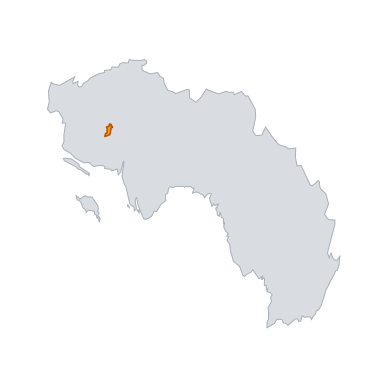 Aneby, Jönköping, Sweden (highlighted), rotated 97°
{"feature_id": "70781695B68897114765136", "entity_name": "Aneby", "entity_type": "district", "adm_level": 2, "iso_a3": "SWE", "parent_name": "Sweden", "parent_adm1": "Jönköping", "projection": "equal_earth", "projection_center": [14.809, 57.898], "detail": "fine", "context": "in_parent", "style": "filled", "palette": "amber", "viewbox_px": 384, "rotation_deg": 97, "n_neighbors": 0, "source": "geoboundaries", "source_scale": "gbopen_adm2", "svg_char_len": 4576}
<svg xmlns="http://www.w3.org/2000/svg" viewBox="0 0 384 384"><g transform="rotate(97 192 192)"><path d="M71.3,254.0L72.9,257.1L76.4,256.7L77.9,254.5L79.8,247.9L77.6,240.6L80.8,238.1L82.8,234.1L87.6,232.9L94.1,228.3L94.8,223.6L96.3,220.1L91.0,209.8L90.7,207.2L98.9,205.8L102.5,199.0L96.9,194.7L88.3,190.5L91.5,177.6L88.0,170.7L88.5,167.8L88.0,163.3L90.2,161.5L86.1,155.1L90.4,150.6L89.7,148.3L101.8,139.5L109.8,137.9L124.4,139.2L127.9,135.7L128.0,133.8L126.7,129.4L118.5,126.9L127.5,119.1L134.5,111.6L135.8,104.4L137.4,101.3L135.7,94.4L145.1,93.6L153.4,90.8L152.3,87.0L170.5,75.6L171.0,73.6L169.6,71.7L165.2,68.2L166.4,66.7L171.3,65.8L173.7,64.2L177.3,59.0L187.2,55.0L198.2,57.7L202.8,53.1L202.4,46.8L206.3,46.2L235.8,50.1L240.6,47.8L235.6,46.6L240.4,44.1L241.8,42.5L242.2,40.7L241.9,39.8L237.8,37.5L247.0,37.2L252.1,38.3L252.6,39.6L272.9,47.0L288.9,49.9L293.5,52.0L295.3,54.3L297.8,54.5L300.9,56.6L304.0,57.9L301.6,59.4L301.9,62.9L302.8,64.5L301.5,67.6L306.7,68.3L307.7,70.2L305.1,72.0L305.5,74.1L312.6,80.5L311.0,82.6L310.7,85.3L307.8,87.2L307.5,89.2L308.2,91.9L309.3,93.1L312.3,94.0L317.6,101.1L312.6,101.6L308.8,100.6L299.9,101.5L297.8,102.5L290.8,99.7L287.0,101.3L284.3,99.9L282.3,102.2L281.9,105.4L278.7,105.1L280.0,106.3L275.7,106.8L275.4,107.3L276.3,108.1L275.1,109.0L269.1,109.4L268.4,110.4L270.2,111.7L270.2,112.5L266.3,111.3L269.0,113.6L269.7,115.3L261.8,122.1L264.6,123.8L267.0,127.7L269.5,129.5L268.6,131.3L260.3,135.6L255.7,142.4L245.2,146.9L239.6,148.0L236.0,151.3L231.7,150.2L231.6,152.1L228.9,150.9L226.7,153.8L222.9,156.3L218.6,155.8L218.2,156.2L219.5,156.9L214.6,157.6L213.2,160.1L209.6,160.8L209.0,161.6L212.7,161.8L212.0,163.9L207.8,164.9L206.4,166.3L204.5,166.2L204.8,165.2L202.1,165.3L201.2,164.1L200.6,164.4L202.6,167.8L201.2,169.2L203.9,170.5L196.3,173.9L191.7,172.6L191.1,173.6L192.1,176.5L196.2,178.8L193.8,180.3L191.3,187.2L193.2,191.4L187.9,190.4L188.3,192.0L186.6,193.9L187.4,196.6L186.9,198.4L188.1,200.0L187.4,200.8L188.4,208.4L189.9,211.6L189.4,214.2L191.6,215.7L196.3,216.0L197.7,218.1L203.6,216.9L207.8,221.2L215.8,224.8L215.5,227.2L220.6,228.9L223.6,232.2L224.9,235.0L224.5,236.6L216.8,241.2L210.8,244.3L204.5,246.2L204.9,246.9L208.0,247.3L215.5,245.0L217.8,247.0L213.7,247.9L212.9,250.6L211.2,252.3L194.5,258.4L192.3,260.3L184.9,263.4L171.4,263.1L169.3,263.8L181.0,265.1L183.8,267.3L178.3,268.8L180.8,274.2L179.4,275.5L179.4,281.5L177.4,281.6L176.6,284.1L177.7,290.2L178.7,291.9L178.3,293.7L175.1,297.8L176.3,302.8L172.7,311.8L168.6,317.1L165.5,324.2L161.9,326.7L157.8,325.2L151.5,326.1L140.2,325.8L138.7,326.5L139.6,329.1L135.5,328.7L128.3,334.2L128.0,336.9L130.9,342.1L127.4,345.5L119.7,344.7L109.5,346.8L100.3,345.1L101.5,343.3L102.3,336.4L92.0,322.5L96.9,323.9L98.9,323.2L96.0,318.7L100.1,318.4L101.5,316.8L100.7,314.2L97.3,313.0L94.4,309.0L91.3,306.9L85.9,298.8L84.0,293.3L82.0,293.8L80.5,287.5L77.6,286.5L77.1,280.1L73.9,279.5L72.0,276.6L71.7,271.1L68.0,270.4L68.6,267.7L67.5,258.2L66.4,255.2L67.5,253.0L69.5,252.8L71.3,254.0ZM228.3,283.6L226.6,284.1L225.7,285.9L223.0,286.8L222.7,292.4L225.2,294.5L222.7,295.4L221.0,298.4L216.5,300.4L214.7,302.3L213.8,305.0L209.8,306.5L212.6,302.4L208.7,297.6L209.6,296.0L209.2,290.5L217.2,283.7L221.0,282.9L222.7,283.6L223.4,282.0L224.6,281.6L228.3,283.6ZM176.5,322.5L174.5,323.7L173.9,322.0L174.0,315.4L178.4,307.6L180.4,307.0L185.8,296.5L186.4,295.8L188.3,296.4L187.0,297.4L187.1,299.3L183.6,304.9L182.8,308.5L181.5,309.4L176.5,322.5ZM229.9,281.4L229.5,283.0L227.5,281.7L229.4,279.9L233.4,280.4L229.9,281.4ZM219.2,242.0L216.7,244.3L216.2,243.4L216.7,242.2L219.2,242.0ZM213.9,254.2L212.6,254.4L213.5,252.8L215.2,252.4L213.9,254.2Z" fill="#d9dde1" stroke="#a8b0b8" stroke-width="1"/><path d="M137.5,278.8L136.9,279.0L136.5,279.2L136.5,279.7L136.5,280.1L136.0,280.3L135.6,280.3L135.1,280.3L134.9,280.5L134.7,281.0L134.6,281.5L134.4,281.8L134.7,282.1L135.1,282.4L135.6,282.4L135.8,282.3L136.1,282.1L136.6,282.1L136.8,282.2L137.0,282.6L137.1,283.1L137.4,283.3L137.5,283.8L137.5,284.2L137.6,284.5L138.0,284.8L138.9,284.4L139.8,283.9L140.6,283.8L141.9,283.8L142.5,283.6L143.0,283.4L143.6,283.6L144.0,283.9L144.1,284.3L144.3,284.6L144.5,284.8L145.0,285.1L145.7,285.2L147.4,285.2L147.3,284.8L147.0,284.8L146.9,284.3L146.9,284.0L146.6,283.4L146.4,283.0L146.4,282.7L146.2,282.4L145.8,281.9L145.7,281.7L145.2,281.2L145.2,280.8L145.2,280.6L144.4,280.6L144.1,280.4L143.7,280.2L143.0,280.2L142.4,280.1L142.1,280.2L141.5,280.3L141.1,280.3L140.5,280.3L140.0,280.1L139.6,280.0L139.2,280.3L138.6,280.2L138.1,279.8L138.0,279.5L137.6,279.2L137.5,278.8Z" fill="#f59e0b" stroke="#b45309" stroke-width="1.5"/></g></svg>